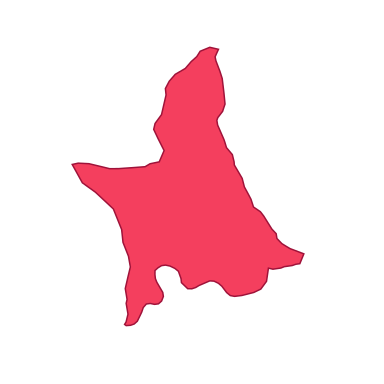 Cholwon, Kangwŏn-do, North Korea, rotated 283°
{"feature_id": "82179303B128003605723", "entity_name": "Cholwon", "entity_type": "district", "adm_level": 2, "iso_a3": "PRK", "parent_name": "North Korea", "parent_adm1": "Kangwŏn-do", "projection": "albers", "projection_center": [126.987, 38.318], "detail": "fine", "context": "isolated", "style": "filled", "palette": "rose", "viewbox_px": 384, "rotation_deg": 283, "n_neighbors": 0, "source": "geoboundaries", "source_scale": "gbopen_adm2", "svg_char_len": 1697}
<svg xmlns="http://www.w3.org/2000/svg" viewBox="0 0 384 384"><g transform="rotate(283 192 192)"><path d="M47.8,156.1L47.0,157.9L48.3,162.1L50.4,165.4L53.8,167.8L63.5,170.0L68.5,170.5L72.6,172.7L74.0,176.4L74.1,180.8L75.5,184.5L78.9,186.9L83.8,187.6L87.6,186.1L96.2,178.0L99.4,175.8L103.1,174.5L107.2,173.6L110.6,176.0L113.4,178.9L114.8,182.6L114.9,187.2L113.7,192.5L111.7,196.6L105.1,200.8L101.3,202.1L96.8,209.6L97.7,213.7L99.8,217.1L102.5,219.9L109.4,229.3L110.1,233.5L109.0,238.3L106.9,242.3L101.8,248.4L99.7,252.6L99.9,257.0L102.4,263.9L108.0,274.8L112.9,280.9L121.7,284.7L135.0,283.6L135.0,288.2L137.9,295.7L140.0,298.7L142.9,306.2L145.0,309.5L146.4,313.2L156.9,314.9L158.9,300.3L160.3,295.9L161.9,291.2L163.9,288.1L165.8,285.2L166.8,284.8L170.3,283.4L172.0,280.9L172.2,280.6L173.8,278.2L180.5,271.5L184.6,267.4L187.1,264.4L188.2,263.0L188.6,262.0L191.2,255.3L198.2,251.1L203.3,246.7L208.7,241.9L216.6,237.8L227.8,227.2L230.9,226.2L237.5,222.9L243.0,215.6L247.4,213.1L250.2,211.4L263.0,201.9L264.5,201.3L267.4,200.1L270.3,200.4L272.4,201.4L277.5,203.7L281.1,204.0L285.1,204.4L294.9,201.1L295.5,200.9L309.4,195.9L315.8,192.1L325.2,185.8L328.9,184.1L334.1,185.1L337.0,185.7L337.0,176.8L331.0,168.3L325.0,166.2L318.9,161.9L310.9,157.7L302.9,149.2L294.8,144.9L286.8,142.8L280.7,144.9L270.6,144.9L260.5,144.9L250.5,140.6L244.4,140.6L236.3,147.0L226.1,155.5L214.0,153.3L210.1,144.8L206.1,140.6L202.1,127.8L198.2,115.0L196.2,106.5L196.3,98.0L196.4,85.2L194.5,74.6L191.9,69.1L176.3,83.1L170.1,97.9L157.8,119.2L139.6,131.9L127.4,136.1L115.2,144.5L105.1,148.8L95.0,148.7L82.9,148.7L72.7,152.9L68.7,152.9L58.6,157.1L50.5,157.0L47.8,156.1Z" fill="#f43f5e" stroke="#9f1239" stroke-width="1.5"/></g></svg>